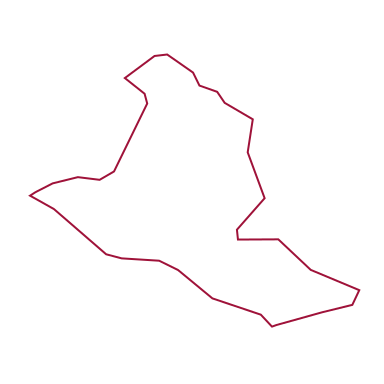 an SVG outline of North East Lincolnshire, rotated 177°
{"feature_id": "GBR-2056", "entity_name": "North East Lincolnshire", "entity_type": "Unitary Authority", "adm_level": 1, "iso_a3": "GBR", "parent_name": "United Kingdom", "parent_adm1": "", "projection": "natural_earth1", "projection_center": [-0.125, 53.528], "detail": "fine", "context": "isolated", "style": "outline", "palette": "rose", "viewbox_px": 384, "rotation_deg": 177, "n_neighbors": 0, "source": "natural_earth", "source_scale": "10m", "svg_char_len": 597}
<svg xmlns="http://www.w3.org/2000/svg" viewBox="0 0 384 384"><g transform="rotate(177 192 192)"><path d="M119.2,53.4L129.7,65.9L177.2,84.7L210.0,114.8L228.4,125.1L265.7,129.4L281.0,134.3L330.8,182.2L353.9,196.8L348.7,199.8L346.6,200.8L330.7,207.9L305.2,212.8L283.6,209.0L268.8,216.6L232.1,282.7L234.2,292.6L253.1,309.3L222.3,329.8L209.6,330.6L184.7,311.2L179.0,297.9L161.6,290.7L154.7,279.3L127.5,261.4L134.3,228.7L119.8,182.0L149.1,152.0L148.6,142.1L108.3,140.2L77.5,108.0L30.1,85.2L37.8,70.9L68.2,65.1L114.4,54.8L119.1,53.4L119.2,53.4Z" fill="none" stroke="#9f1239" stroke-width="2"/></g></svg>